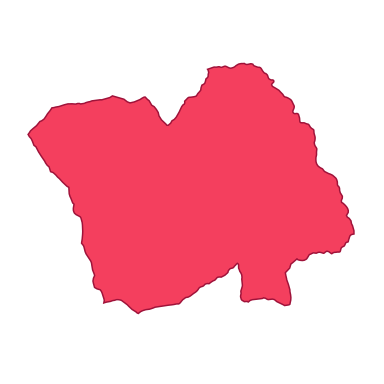 the district of Kalidzingkha, Daga, Bhutan, rotated 354°
{"feature_id": "84629894B31642600341684", "entity_name": "Kalidzingkha", "entity_type": "district", "adm_level": 2, "iso_a3": "BTN", "parent_name": "Bhutan", "parent_adm1": "Daga", "projection": "robinson", "projection_center": [89.878, 27.0], "detail": "fine", "context": "isolated", "style": "filled", "palette": "rose", "viewbox_px": 384, "rotation_deg": 354, "n_neighbors": 0, "source": "geoboundaries", "source_scale": "gbopen_adm2", "svg_char_len": 5962}
<svg xmlns="http://www.w3.org/2000/svg" viewBox="0 0 384 384"><g transform="rotate(354 192 192)"><path d="M167.2,301.9L168.8,300.9L170.0,299.6L171.6,298.1L173.6,297.0L174.6,296.3L176.4,296.2L177.3,296.1L179.5,295.2L182.9,293.1L185.2,291.9L186.6,290.9L187.8,289.7L188.9,288.3L189.8,287.7L190.7,287.3L192.9,286.9L194.0,286.3L194.8,285.5L195.5,285.0L196.8,284.7L198.2,284.7L199.3,285.0L201.8,283.5L203.6,282.6L205.4,282.1L206.3,281.4L208.2,279.6L209.2,279.4L210.6,279.4L212.2,279.7L216.0,278.2L218.8,276.2L219.4,275.6L219.7,274.5L220.2,273.7L221.2,272.9L221.9,272.2L224.7,271.8L225.7,271.1L226.7,270.0L227.7,269.3L228.3,268.6L229.6,267.7L230.4,268.4L230.7,269.3L230.6,270.3L230.5,271.0L230.4,272.7L230.9,274.2L231.2,275.7L232.3,278.0L232.8,279.7L232.8,282.1L232.4,283.9L232.4,289.4L232.3,290.7L230.9,294.2L230.4,295.2L230.2,296.0L230.2,298.1L229.4,300.6L229.4,301.7L229.8,304.0L230.2,304.6L230.8,305.3L231.7,305.7L232.5,306.5L235.4,306.6L236.4,307.3L237.2,306.8L238.5,305.9L240.7,305.4L249.6,305.3L251.2,305.2L252.1,304.7L254.0,305.4L255.6,306.6L256.6,307.0L260.7,306.9L262.7,307.6L264.9,309.9L271.2,313.8L272.2,314.6L275.9,314.4L276.8,314.3L277.6,313.9L278.2,312.0L278.9,309.9L279.3,307.3L279.3,304.4L279.0,301.5L279.1,299.4L278.2,294.0L277.0,289.0L277.0,288.0L276.6,284.9L276.4,282.0L281.2,277.9L282.8,274.0L284.9,272.7L289.4,269.5L290.3,270.5L292.3,271.2L294.6,271.7L296.5,271.6L298.4,270.9L299.0,270.5L299.9,269.5L301.9,266.8L302.5,266.4L303.8,266.1L304.4,265.8L306.3,265.2L308.9,265.8L309.6,265.8L310.2,265.5L310.8,265.3L312.1,265.2L312.8,265.3L314.1,265.7L315.9,266.5L316.5,266.7L317.2,266.5L318.3,265.7L319.5,265.1L320.1,265.0L321.4,265.5L322.0,265.8L324.0,267.7L324.6,268.0L325.1,267.6L325.7,267.3L326.4,267.2L326.9,266.9L328.9,267.0L330.2,266.9L332.2,267.1L332.9,266.9L333.3,266.4L333.8,265.1L334.0,264.4L334.6,263.2L335.7,262.4L337.6,261.7L338.1,261.2L339.5,258.8L340.0,258.4L340.6,258.1L341.3,258.1L341.9,258.0L342.3,257.4L342.7,256.1L343.3,254.8L344.1,252.9L344.8,251.8L346.0,251.1L346.7,250.9L348.7,250.7L349.0,247.4L348.1,242.2L347.3,240.2L347.1,237.3L345.6,234.7L343.8,233.2L343.2,231.4L345.2,228.7L345.5,226.7L345.0,224.6L344.1,222.8L342.9,221.1L341.2,219.1L339.7,218.0L339.6,217.0L339.7,215.9L340.8,213.9L341.1,211.9L339.7,208.9L339.4,208.4L339.0,206.1L339.1,203.6L338.5,201.8L337.8,201.2L337.4,200.2L337.6,197.1L337.4,195.9L337.1,194.6L336.6,193.4L335.3,191.9L333.5,190.0L331.6,188.8L329.7,187.9L326.3,185.7L325.8,185.3L324.3,182.8L323.9,182.4L323.1,181.9L321.9,181.1L320.5,179.8L319.9,179.1L319.2,177.7L318.9,177.0L318.6,175.5L318.5,174.5L318.6,172.5L318.9,170.5L319.7,168.2L319.8,167.4L320.0,165.2L320.6,162.5L320.6,161.9L320.4,161.3L319.2,158.9L318.9,157.9L318.8,156.9L318.7,156.1L318.8,155.4L319.5,153.9L319.8,152.8L320.1,151.1L320.1,149.8L319.5,146.2L319.6,143.1L319.1,142.4L317.7,141.3L316.7,140.2L316.1,139.1L315.6,137.9L315.2,137.3L314.8,136.8L312.7,136.0L311.5,135.3L310.7,134.9L308.6,134.7L307.3,134.4L306.7,133.6L306.6,133.0L306.7,129.7L306.0,125.9L305.3,125.1L304.0,124.8L302.5,124.9L301.7,124.5L301.2,124.2L300.7,123.2L300.7,122.5L300.8,121.9L302.1,119.5L302.5,118.3L302.6,117.6L302.5,116.8L301.6,114.4L301.2,113.1L300.9,112.4L300.4,111.2L299.4,110.1L297.6,108.7L296.1,107.8L294.2,107.1L293.7,106.7L293.1,105.7L292.5,104.4L290.2,101.5L289.3,100.2L288.8,99.7L285.7,97.3L283.2,95.5L282.8,94.9L282.6,94.3L282.4,93.7L283.0,92.6L284.4,91.5L284.8,91.1L285.0,90.3L284.8,89.6L284.1,89.0L282.9,88.9L282.3,88.8L281.0,88.0L280.5,87.6L280.2,87.1L279.9,86.6L279.4,84.3L279.2,83.6L278.7,82.9L277.8,81.9L276.6,81.4L275.9,80.6L274.9,79.0L273.9,76.8L273.2,75.7L272.6,75.3L272.0,75.0L271.0,74.9L270.3,74.7L266.9,73.0L266.2,72.1L265.9,71.3L265.0,70.9L264.4,70.7L263.7,70.6L261.0,70.9L260.0,70.9L259.3,70.8L258.7,70.6L257.4,69.6L256.1,69.6L254.4,69.4L253.1,69.5L251.6,69.7L249.2,70.8L247.6,71.9L247.1,72.1L246.1,72.5L244.0,72.9L243.2,72.9L242.3,72.6L241.5,72.2L239.3,70.8L238.1,70.3L237.2,70.4L235.0,71.0L234.3,71.1L233.8,71.0L232.5,70.4L231.7,70.2L229.2,70.4L227.3,70.1L226.7,70.1L220.3,71.6L220.8,72.6L221.1,74.8L220.4,76.7L220.1,78.9L219.0,80.1L217.7,81.0L216.9,83.4L216.0,85.3L214.7,86.1L213.0,86.8L211.9,89.3L211.3,91.7L209.9,93.1L208.1,94.7L206.8,96.4L205.9,97.2L203.6,97.5L200.5,97.6L198.9,97.5L197.7,98.0L196.3,99.2L194.2,100.9L194.1,102.7L193.5,103.8L192.2,104.4L190.7,106.0L189.6,107.8L187.7,111.0L185.7,113.8L184.0,116.1L181.9,118.0L179.5,119.1L178.0,121.3L175.3,123.2L173.8,122.9L173.3,121.9L169.2,117.1L167.1,112.8L166.7,109.4L165.2,106.2L163.3,103.2L161.0,101.5L158.9,96.7L157.3,95.2L155.4,92.7L154.4,92.6L152.3,93.4L150.0,94.6L144.0,96.4L139.7,96.9L137.1,95.6L134.0,92.6L122.9,88.1L120.1,89.5L111.9,90.9L109.9,90.7L102.0,90.9L99.7,91.5L98.2,91.6L95.9,92.0L94.2,92.6L90.4,92.8L89.3,92.2L87.6,92.0L85.5,92.4L82.2,91.8L77.8,91.4L74.2,91.9L68.6,93.1L65.3,93.3L63.5,93.6L61.4,93.7L60.5,94.9L59.4,96.2L56.5,99.1L54.8,101.3L52.6,103.9L50.1,105.4L48.1,106.0L44.3,109.8L40.4,112.4L37.8,114.3L35.9,116.7L35.0,117.6L36.0,119.9L37.6,122.1L38.5,124.6L39.7,129.1L41.5,130.7L43.6,136.1L45.9,140.7L48.7,145.9L49.4,147.8L50.8,150.3L52.5,152.1L53.5,157.0L56.0,158.2L58.4,160.9L59.9,163.1L61.5,164.8L64.5,168.9L68.3,173.3L70.0,174.5L69.7,181.0L70.2,183.6L70.9,185.6L72.2,190.4L73.4,191.8L72.3,195.7L72.1,197.7L72.3,199.1L72.9,200.8L74.4,202.4L76.7,203.9L78.3,205.0L78.9,206.5L79.6,210.9L79.6,213.4L79.2,219.8L78.8,222.5L77.9,227.2L76.8,231.4L77.5,232.5L78.5,234.1L78.9,235.8L79.2,238.0L79.5,240.2L80.2,242.5L84.1,250.1L84.6,251.9L85.0,259.1L86.2,263.5L86.4,265.0L85.0,267.4L84.2,270.2L84.4,272.4L85.1,276.7L87.4,278.4L90.6,279.7L91.6,281.7L92.1,283.4L93.3,289.2L93.4,290.8L92.7,293.1L95.1,292.6L99.4,292.3L101.8,291.7L103.8,291.6L105.4,291.2L107.2,291.3L109.4,291.9L110.6,292.5L115.9,297.4L117.2,299.1L120.1,302.5L123.7,305.3L124.6,306.4L125.9,307.2L128.4,305.6L130.7,304.8L133.7,304.2L137.5,304.1L138.6,303.9L141.3,303.3L143.2,302.7L156.9,302.1L159.5,302.1L162.2,302.0L165.0,301.7L167.2,301.9Z" fill="#f43f5e" stroke="#9f1239" stroke-width="1.5"/></g></svg>